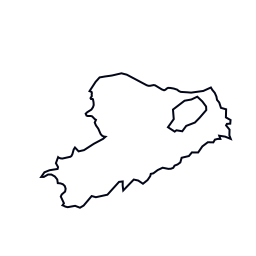 outline of Gyor-Moson-Sopron, rotated 339°
{"feature_id": "HUN-3156", "entity_name": "Gyor-Moson-Sopron", "entity_type": "County", "adm_level": 1, "iso_a3": "HUN", "parent_name": "Hungary", "parent_adm1": "", "projection": "equal_earth", "projection_center": [17.255, 47.709], "detail": "fine", "context": "isolated", "style": "outline", "palette": "ink", "viewbox_px": 256, "rotation_deg": 339, "n_neighbors": 0, "source": "natural_earth", "source_scale": "10m", "svg_char_len": 2042}
<svg xmlns="http://www.w3.org/2000/svg" viewBox="0 0 256 256"><g transform="rotate(339 128 128)"><path d="M79.0,132.9L90.4,130.5L100.9,129.2L103.8,128.1L102.2,127.2L101.0,125.8L100.3,123.9L100.0,117.9L99.0,114.1L98.9,111.0L101.0,108.9L100.1,107.7L98.7,104.3L97.6,103.5L94.6,102.3L93.7,101.5L93.6,99.5L95.4,98.7L100.4,97.7L102.7,96.1L104.2,94.3L105.0,91.8L105.6,88.6L105.3,88.2L104.5,88.0L103.8,87.6L103.7,86.8L104.1,86.3L105.4,85.5L105.7,85.2L106.1,83.6L106.8,82.5L106.9,81.3L105.3,79.8L114.3,73.3L119.6,70.6L124.7,71.6L130.7,73.0L132.2,73.3L141.5,74.6L146.0,77.8L160.8,94.8L162.2,95.9L163.7,96.5L167.3,97.1L168.6,97.9L173.5,104.2L175.2,105.7L176.7,105.7L178.2,105.1L179.8,104.9L181.9,105.8L184.9,107.6L187.6,109.8L188.7,111.7L190.2,113.2L196.3,116.0L199.6,117.6L211.6,120.4L219.9,119.9L220.3,122.4L221.6,126.3L221.8,130.3L221.2,133.6L222.3,136.9L222.0,142.5L226.3,145.7L223.2,153.2L226.6,157.3L225.0,160.6L221.8,159.6L220.5,160.7L222.2,165.9L220.0,171.2L220.0,175.0L215.5,170.8L210.4,167.9L210.3,171.3L207.7,170.3L205.0,170.0L202.5,172.0L197.4,169.9L190.8,171.8L184.7,176.0L178.9,173.7L174.8,176.0L167.4,175.0L164.5,178.9L161.2,179.8L158.0,179.8L156.0,181.4L153.4,181.4L151.0,180.6L146.1,177.5L140.7,177.9L135.4,179.4L132.8,179.0L131.5,180.9L127.6,183.6L122.0,185.4L118.7,180.7L114.9,178.2L101.2,184.6L102.4,179.8L103.9,176.0L100.3,175.1L84.9,182.9L73.2,181.1L69.7,178.5L58.8,184.5L54.6,185.2L50.7,181.7L43.3,180.3L41.3,178.9L39.6,177.0L39.2,176.7L41.2,175.3L40.7,167.9L42.3,166.3L46.5,164.8L48.0,162.4L48.2,159.6L47.1,157.2L45.1,155.5L42.7,154.3L43.5,150.7L42.3,147.0L39.8,144.0L36.7,142.8L31.9,143.5L29.4,142.6L34.1,139.4L39.6,139.3L47.6,141.0L48.7,139.4L48.1,135.0L52.3,130.2L52.6,130.8L54.2,132.2L55.8,133.0L63.9,134.2L65.1,133.9L66.7,132.5L69.6,128.6L71.5,127.2L73.5,132.1L79.0,132.9ZM197.4,124.1L190.6,122.8L176.6,126.9L173.9,136.1L165.6,141.6L170.3,148.1L172.4,147.5L177.5,150.5L183.1,146.9L192.4,146.9L198.5,144.1L207.5,139.3L208.6,135.9L206.9,129.8L203.9,123.6L197.4,124.1Z" fill="none" stroke="#020617" stroke-width="2"/></g></svg>